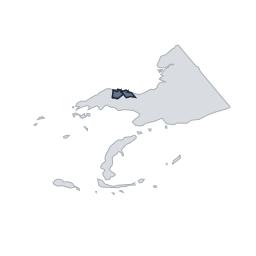 Kairuku - Hiri District, Central, Papua New Guinea (highlighted), rotated 141°
{"feature_id": "67681753B66231451727699", "entity_name": "Kairuku - Hiri District", "entity_type": "district", "adm_level": 2, "iso_a3": "PNG", "parent_name": "Papua New Guinea", "parent_adm1": "Central", "projection": "albers", "projection_center": [147.055, -8.887], "detail": "fine", "context": "in_parent", "style": "filled", "palette": "slate", "viewbox_px": 256, "rotation_deg": 141, "n_neighbors": 0, "source": "geoboundaries", "source_scale": "gbopen_adm2", "svg_char_len": 6527}
<svg xmlns="http://www.w3.org/2000/svg" viewBox="0 0 256 256"><g transform="rotate(141 128 128)"><path d="M36.7,160.7L36.3,133.2L34.9,131.2L36.2,126.3L35.4,80.0L38.0,80.2L50.9,85.7L59.6,88.5L67.1,89.8L74.1,94.3L79.2,94.6L86.8,101.0L89.9,101.4L95.3,106.8L95.6,111.2L95.1,114.0L103.2,116.6L111.0,120.4L115.3,120.8L117.6,122.1L120.5,125.3L121.0,129.6L119.4,130.4L112.1,130.3L110.0,131.7L112.9,138.5L119.5,144.7L124.5,147.5L125.9,153.1L128.4,154.9L130.0,159.3L132.6,159.8L137.6,159.1L138.4,160.9L137.6,163.7L138.3,164.9L147.5,167.3L144.4,168.7L145.8,171.3L151.7,173.6L155.4,174.4L157.7,174.2L155.0,175.4L152.7,175.0L152.3,175.4L153.2,176.5L155.1,177.7L153.1,179.1L151.1,179.3L147.4,178.3L144.3,175.5L134.3,174.3L130.8,173.0L128.1,173.4L120.0,171.9L117.4,170.0L115.6,167.0L110.8,163.4L109.7,161.7L110.2,159.4L108.8,159.7L106.1,158.0L98.7,147.2L95.0,145.6L85.7,143.8L84.3,141.7L79.9,140.9L79.0,142.3L75.4,143.3L72.4,142.3L69.4,139.7L73.0,145.7L71.7,145.7L72.3,146.6L71.7,146.7L67.8,146.4L69.0,148.9L62.6,150.3L57.9,149.9L55.6,150.5L54.7,150.5L53.4,148.6L51.7,149.0L53.1,149.0L55.0,151.1L59.0,150.8L62.8,152.4L66.1,155.9L66.0,158.4L57.3,163.0L52.1,161.1L44.7,161.7L42.0,161.0L38.7,161.9L36.7,160.7ZM170.5,99.7L172.3,100.9L174.2,99.7L177.7,101.3L177.0,107.2L175.8,108.9L172.7,109.4L172.4,110.3L174.3,113.8L173.5,115.1L170.8,116.4L166.5,116.2L165.3,118.6L162.9,120.7L153.5,124.8L143.4,125.1L140.0,122.4L136.5,122.9L131.9,119.8L127.9,118.5L127.1,117.3L127.2,115.8L128.3,114.9L135.3,115.1L139.8,116.3L145.6,115.6L147.3,114.7L147.9,110.9L148.9,109.3L149.9,110.0L148.7,113.0L150.0,115.6L154.2,114.9L156.8,115.5L158.9,114.8L161.9,110.7L164.2,108.8L168.5,107.9L168.5,104.8L167.0,100.6L167.7,99.4L170.5,99.7ZM221.1,131.2L220.6,132.6L220.3,132.1L218.1,133.3L215.7,132.9L213.6,131.5L211.9,129.0L211.9,126.3L209.6,125.0L206.5,121.5L206.0,119.2L206.3,115.5L210.8,117.7L215.2,124.4L219.6,127.4L221.1,131.2ZM186.8,101.6L183.7,107.5L181.8,105.0L181.1,103.3L181.0,98.8L176.3,91.9L171.4,89.6L161.3,82.4L157.3,81.2L158.3,80.9L158.3,79.2L163.3,82.9L166.4,83.9L170.5,86.8L173.3,87.8L185.4,98.5L186.8,101.6ZM106.3,71.6L115.9,71.8L116.1,72.6L114.8,72.7L113.2,74.1L107.4,73.7L104.9,74.5L104.7,73.5L105.7,73.2L105.5,72.1L106.3,71.6ZM153.8,163.1L155.5,164.2L157.0,164.0L158.1,165.2L158.3,167.2L157.7,167.6L157.2,167.0L152.7,166.6L153.6,165.5L152.7,163.3L153.8,163.1ZM153.5,80.3L150.1,80.2L147.6,77.9L150.9,76.8L153.4,77.9L153.5,80.3ZM160.5,171.6L162.7,170.4L163.2,170.8L162.3,173.7L159.0,172.4L156.8,167.7L160.5,171.6ZM178.2,159.2L181.9,158.8L183.6,160.1L184.1,160.5L183.7,161.8L180.7,161.2L178.2,159.2ZM186.2,188.1L192.9,191.5L190.4,192.0L188.3,191.1L188.0,190.2L187.2,190.5L187.6,189.9L186.2,188.1ZM123.3,119.2L120.3,116.8L120.4,115.1L123.7,116.6L123.3,119.2ZM151.6,164.9L150.7,165.0L148.7,163.3L149.9,161.3L151.3,162.1L151.6,164.9ZM205.3,115.3L204.0,111.3L205.2,110.1L206.3,112.7L205.3,115.3ZM112.8,114.3L110.7,112.8L112.2,111.3L113.2,112.1L112.8,114.3ZM145.2,66.5L144.0,66.8L142.5,65.5L142.9,64.0L144.7,65.0L145.2,66.5ZM98.8,104.5L97.6,106.0L96.7,104.9L98.1,103.3L98.8,104.5ZM161.2,151.7L161.2,156.5L160.3,155.5L160.7,153.5L159.8,153.0L161.2,151.7ZM66.9,152.9L69.0,154.8L64.0,151.7L66.9,152.9ZM68.7,152.4L66.0,151.6L65.4,151.0L68.6,151.3L68.7,152.4ZM199.3,188.8L199.1,189.5L197.4,189.6L196.2,188.6L197.3,188.8L197.1,188.1L199.3,188.8ZM180.9,85.3L180.9,87.5L179.7,85.9L180.9,85.3ZM174.2,84.0L173.6,84.6L172.4,83.0L172.6,82.7L174.2,84.0ZM158.2,178.3L158.0,179.3L156.8,178.8L157.0,178.1L158.2,178.3ZM173.1,82.3L172.1,82.5L172.3,81.0L173.1,82.3ZM121.0,74.9L121.1,76.0L119.8,75.8L121.0,74.9ZM193.4,97.8L193.2,98.9L192.5,98.5L193.4,97.8Z" fill="#d9dde1" stroke="#a8b0b8" stroke-width="1"/><path d="M103.0,147.3L103.1,153.5L103.3,153.6L103.6,153.8L103.8,153.9L104.1,154.3L104.4,154.7L104.5,154.8L104.7,155.0L104.9,155.4L104.8,155.8L104.9,155.7L105.0,155.7L105.0,155.8L105.2,155.6L105.1,155.8L105.3,155.9L105.3,156.0L105.2,156.3L105.3,156.4L105.5,156.4L105.7,156.1L105.8,156.3L105.8,156.2L105.9,156.3L105.7,156.4L105.8,156.5L105.7,156.6L105.6,156.8L105.4,156.8L105.2,157.1L105.1,157.3L105.3,157.6L105.4,157.8L105.5,158.3L105.6,158.5L105.8,158.7L105.9,158.8L106.0,158.8L106.1,159.0L106.6,159.0L106.8,159.1L107.1,159.2L107.3,159.3L107.5,159.3L107.8,159.3L108.1,159.3L108.3,159.4L108.2,159.4L108.2,159.5L108.4,159.6L108.5,159.8L108.9,159.9L109.2,160.0L109.4,160.0L109.6,159.9L109.9,159.8L110.0,159.7L110.1,159.4L110.1,159.2L109.9,159.2L110.0,159.1L110.3,159.0L110.2,158.9L110.0,158.7L110.1,158.8L110.2,158.7L110.2,158.8L110.3,159.0L110.2,159.1L110.3,159.2L110.5,159.2L110.7,159.3L110.7,159.2L110.8,159.2L110.9,159.3L110.8,159.2L110.7,159.2L110.7,159.4L110.4,159.3L110.3,159.5L110.5,159.5L110.2,159.5L110.2,159.8L109.7,160.1L109.8,160.2L110.0,160.2L110.1,160.3L109.8,160.3L109.7,160.2L109.4,160.1L109.3,160.3L109.5,160.6L109.6,160.4L109.7,160.5L109.5,161.0L109.4,161.1L109.4,161.3L109.5,161.3L109.4,161.3L109.5,161.6L109.8,161.6L109.8,161.8L109.7,161.7L109.8,161.6L109.7,161.6L109.6,161.9L109.4,161.9L109.4,162.0L109.5,162.1L109.8,162.1L109.7,162.1L109.8,162.0L109.8,161.9L109.9,162.0L110.0,162.0L110.4,162.2L110.5,162.1L110.5,162.3L110.6,162.6L110.6,162.8L110.7,163.0L110.7,163.3L110.8,163.5L111.0,163.5L111.1,163.8L111.1,164.0L111.1,164.3L111.1,164.2L111.1,163.9L111.3,164.0L111.4,164.3L111.5,164.3L111.8,164.4L111.8,164.5L111.7,164.5L111.8,164.6L112.0,164.5L111.6,164.1L111.5,163.9L111.8,163.8L111.8,163.5L112.1,163.4L112.6,163.0L113.0,163.0L113.2,163.3L113.3,163.3L113.5,163.4L113.6,163.2L113.6,163.3L113.8,163.4L113.8,163.5L114.1,163.6L114.0,163.9L114.2,164.3L114.2,164.7L114.2,164.8L114.1,165.0L114.3,165.2L114.4,165.3L114.5,165.3L114.5,165.2L114.5,165.3L114.5,165.5L114.8,165.7L114.9,165.8L115.0,165.8L114.9,166.0L115.2,166.3L115.3,166.5L115.5,166.6L115.6,167.0L116.2,166.6L116.5,165.9L121.1,161.6L121.0,161.4L121.0,161.2L120.9,160.9L120.9,160.7L120.6,160.6L120.4,160.6L120.1,160.8L120.0,160.7L119.9,160.7L119.7,160.7L119.7,160.4L119.7,160.2L119.6,159.9L119.4,159.8L119.4,159.7L119.2,159.4L119.2,159.2L119.0,158.9L118.9,158.9L118.6,158.5L118.5,158.4L118.5,158.2L118.1,158.2L117.9,158.1L117.6,158.1L117.4,158.0L117.4,157.8L117.4,157.7L117.5,157.5L117.4,157.5L117.3,157.4L117.1,157.3L117.0,157.2L110.3,157.2L110.3,153.1L110.1,152.5L109.8,152.4L108.4,151.8L106.4,151.1L103.0,147.3ZM105.0,156.7L105.1,156.4L104.8,156.2L104.7,155.9L104.6,156.0L104.8,156.4L104.8,156.5L105.0,156.7L105.0,156.7ZM110.4,159.3L110.4,159.2L110.3,159.3L110.2,159.3L110.3,159.3L110.4,159.3ZM109.5,160.8L109.5,160.7L109.5,160.8Z" fill="#64748b" stroke="#1e293b" stroke-width="1.5"/></g></svg>